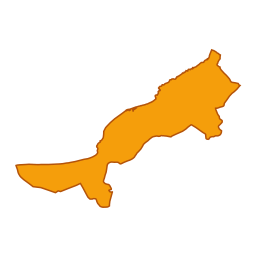 outline of Aceh Selatan, Aceh, Indonesia, rotated 91°
{"feature_id": "22746128B12428400263117", "entity_name": "Aceh Selatan", "entity_type": "district", "adm_level": 2, "iso_a3": "IDN", "parent_name": "Indonesia", "parent_adm1": "Aceh", "projection": "albers", "projection_center": [97.405, 3.07], "detail": "fine", "context": "isolated", "style": "filled", "palette": "amber", "viewbox_px": 256, "rotation_deg": 91, "n_neighbors": 0, "source": "geoboundaries", "source_scale": "gbopen_adm2", "svg_char_len": 5668}
<svg xmlns="http://www.w3.org/2000/svg" viewBox="0 0 256 256"><g transform="rotate(91 128 128)"><path d="M48.7,44.9L48.4,45.7L53.4,47.6L53.6,47.6L54.4,47.9L55.1,47.9L56.0,48.2L57.1,48.8L57.3,49.1L57.2,49.4L57.3,49.8L57.8,49.6L58.2,49.7L58.5,51.1L59.0,52.1L59.6,52.7L60.5,53.2L61.0,53.6L61.2,54.8L61.2,55.7L61.3,56.0L61.6,56.2L62.3,57.2L63.0,57.8L64.5,59.8L64.9,60.3L65.8,61.3L65.9,61.9L66.4,63.0L66.8,63.5L66.8,63.8L66.4,64.0L66.4,64.4L66.5,64.5L67.1,64.3L67.4,64.2L67.7,64.4L67.6,65.2L67.8,66.1L68.5,66.5L68.6,67.0L68.2,67.7L68.2,68.2L68.4,68.7L69.3,69.2L69.9,69.2L70.0,69.5L69.7,69.9L69.8,70.3L69.7,70.7L69.8,70.7L69.8,71.0L70.3,71.4L70.6,71.4L70.9,71.8L71.2,72.1L71.4,72.4L71.3,72.8L71.6,72.9L71.7,73.0L72.2,73.6L72.1,74.0L72.2,74.3L72.1,74.5L72.9,75.0L73.5,75.8L74.3,77.0L74.7,77.4L75.2,78.3L75.2,78.5L75.7,78.9L75.7,79.5L75.9,79.7L76.1,79.9L76.8,79.6L76.3,79.8L76.2,80.2L77.0,80.5L77.3,80.9L77.7,80.9L78.3,81.5L78.4,82.5L78.1,83.2L78.2,84.7L78.2,84.9L79.0,85.6L79.0,86.6L79.4,87.2L80.2,87.3L81.3,88.0L82.0,89.0L83.0,91.7L84.2,92.8L84.3,93.2L84.1,94.1L84.2,94.6L85.4,95.1L85.7,95.6L85.7,96.6L86.2,97.0L86.5,97.5L87.0,97.7L87.3,98.1L87.7,98.1L88.0,97.9L88.1,97.4L89.1,97.2L89.3,97.0L89.3,96.5L89.7,96.4L90.3,97.0L90.4,97.9L91.2,98.5L91.6,98.5L92.1,98.2L92.7,98.2L93.2,98.4L93.9,99.2L94.7,99.4L94.7,99.6L94.5,99.9L94.5,100.3L94.8,101.1L95.0,101.3L96.1,101.3L96.4,101.2L97.1,100.7L97.7,100.8L98.4,100.6L99.7,102.1L100.6,103.2L101.5,104.7L101.7,104.8L101.7,105.2L102.0,105.5L102.2,106.3L102.6,106.9L103.0,107.9L103.6,108.9L103.8,110.1L104.4,111.3L105.1,114.2L105.5,115.1L105.4,115.5L105.7,116.1L106.2,118.1L107.2,120.7L107.4,121.0L107.7,120.9L107.7,120.4L107.9,120.2L108.2,120.7L109.2,121.7L109.7,123.0L110.7,123.1L110.9,123.2L110.8,123.4L109.7,123.3L109.0,123.8L109.0,123.3L109.3,122.6L109.1,122.1L108.7,121.9L108.3,122.0L108.2,122.3L108.2,122.5L108.6,122.6L108.9,122.9L108.5,122.9L107.9,122.6L107.7,122.0L107.4,121.8L109.0,126.0L109.9,125.9L110.5,126.7L110.5,127.2L110.4,127.3L109.8,127.3L109.4,127.1L109.4,127.4L109.6,127.9L110.2,128.7L110.3,129.3L110.7,129.6L110.8,129.8L110.6,130.1L110.7,130.5L113.6,134.2L119.0,141.4L122.8,145.6L126.9,149.4L128.1,150.4L131.8,152.2L134.4,152.2L137.5,152.5L138.3,152.7L140.3,153.9L141.2,155.0L141.3,155.6L142.0,155.6L142.3,155.4L142.6,155.6L142.8,155.8L142.8,156.1L144.1,157.7L145.5,158.3L146.1,158.6L146.1,158.8L147.0,159.0L147.5,158.9L148.5,158.0L149.1,157.8L149.6,157.8L150.8,158.3L151.2,158.3L152.9,157.9L153.5,158.0L154.0,158.2L155.7,159.8L155.6,159.5L157.6,163.0L158.7,165.7L159.4,167.7L160.1,171.5L162.5,180.3L163.5,185.3L163.9,186.8L164.1,188.9L164.8,192.5L165.1,195.2L165.9,207.2L166.0,214.3L166.2,216.7L166.2,218.6L166.0,226.4L166.3,229.9L166.7,235.5L167.0,238.0L167.4,239.3L168.4,239.0L171.2,237.9L174.7,237.0L176.1,236.3L178.0,235.1L179.1,234.1L181.5,231.3L185.3,225.9L188.3,221.9L189.1,214.1L191.5,206.7L193.9,199.5L193.9,199.3L192.1,196.7L192.7,194.4L192.6,194.1L189.4,186.5L186.5,179.3L185.6,177.3L185.0,176.3L184.3,174.6L188.1,172.3L196.2,167.8L197.9,166.8L199.1,165.5L199.7,164.8L199.7,162.6L199.3,161.7L199.2,161.1L199.3,159.3L199.4,159.0L199.7,158.8L200.5,158.3L202.2,157.8L204.0,156.9L205.8,155.3L206.5,154.8L207.0,154.1L207.5,152.6L207.6,151.7L207.5,148.9L207.3,147.0L206.9,146.2L206.2,145.2L204.6,145.2L201.6,144.9L193.3,142.8L192.3,142.5L192.1,142.7L192.3,143.1L192.4,143.6L192.0,145.1L190.8,146.0L190.6,146.0L190.3,145.6L189.9,144.0L189.7,143.7L189.2,143.6L188.6,143.8L186.0,145.2L185.2,145.9L184.8,146.6L184.6,148.0L184.2,149.3L183.7,150.3L182.4,151.5L181.7,151.6L180.4,151.4L178.7,150.8L175.7,150.1L172.5,149.1L169.9,148.7L165.8,148.2L164.9,147.9L163.9,147.3L163.5,146.9L162.6,145.3L162.3,143.9L162.5,140.6L162.4,140.1L162.4,138.3L162.6,137.1L163.7,135.7L163.9,135.3L164.0,134.7L163.8,134.1L162.4,131.4L160.7,127.4L160.2,125.9L159.4,124.3L158.6,122.9L157.3,121.4L156.7,120.9L155.7,120.4L154.5,119.5L152.9,118.6L151.5,117.2L148.9,114.9L146.1,113.2L144.8,112.6L143.7,111.9L142.3,110.4L140.4,107.9L138.6,106.1L136.8,103.8L136.3,102.8L135.6,99.8L135.5,98.9L135.8,97.4L135.7,96.2L135.6,95.8L135.2,95.3L135.0,94.5L135.2,92.8L135.1,92.3L135.3,91.0L135.3,89.9L135.9,86.5L136.1,84.9L135.2,83.8L133.3,79.9L130.3,73.4L128.0,70.1L126.0,68.0L123.7,65.0L123.7,64.6L126.3,60.1L130.8,53.6L132.6,50.6L133.2,50.2L134.3,50.2L137.0,49.8L137.4,49.5L137.8,48.7L137.9,47.6L137.6,46.9L136.3,46.1L135.9,45.8L135.4,44.7L135.2,43.6L135.2,42.4L135.1,41.9L134.3,40.4L134.3,38.1L133.9,37.0L133.5,36.3L133.1,35.7L132.2,35.1L131.0,34.6L129.2,34.4L129.0,34.5L128.5,35.4L127.8,36.2L127.2,36.8L125.7,37.5L124.7,37.6L124.1,37.3L122.7,35.8L122.1,35.3L120.8,34.1L120.4,34.0L119.4,33.9L118.9,34.1L118.6,34.4L117.4,36.2L117.1,36.5L116.7,36.7L114.8,37.0L114.6,37.1L113.5,38.0L112.6,38.6L107.9,40.6L106.8,40.8L106.7,40.8L106.7,39.7L106.5,38.7L105.5,36.1L105.0,34.2L104.5,33.1L104.3,32.8L103.6,32.4L101.6,32.1L98.5,29.9L94.3,27.1L91.6,24.7L89.8,22.4L87.3,19.8L84.8,17.8L83.5,16.7L83.1,17.7L81.6,18.6L81.0,21.3L80.5,24.9L80.2,25.5L80.0,25.8L79.3,26.3L78.0,26.9L77.1,27.5L75.9,28.5L73.5,30.7L71.5,32.9L68.4,35.8L67.0,36.8L66.4,37.0L65.5,37.0L65.1,38.1L63.9,39.7L63.3,40.1L62.5,40.0L61.6,39.4L60.5,39.2L58.4,38.1L57.7,37.4L56.7,37.1L55.5,37.2L53.4,36.9L53.1,37.4L53.0,38.0L52.7,38.2L52.2,38.6L51.8,39.2L51.5,40.1L50.8,40.8L50.0,41.9L49.7,42.7L49.1,43.5L48.8,44.7L48.8,44.9L48.7,44.9ZM110.4,127.1L110.4,126.7L109.7,126.1L109.3,126.1L109.1,126.3L109.3,127.0L110.2,127.3L110.4,127.1ZM110.3,130.0L110.4,129.8L110.3,129.5L110.0,129.1L109.4,127.9L109.2,127.7L109.9,129.6L110.1,130.0L110.3,130.0ZM108.4,121.3L108.2,121.2L107.9,121.2L107.6,121.3L107.9,121.6L108.1,121.4L108.3,121.5L108.4,121.3Z" fill="#f59e0b" stroke="#b45309" stroke-width="1.5"/></g></svg>